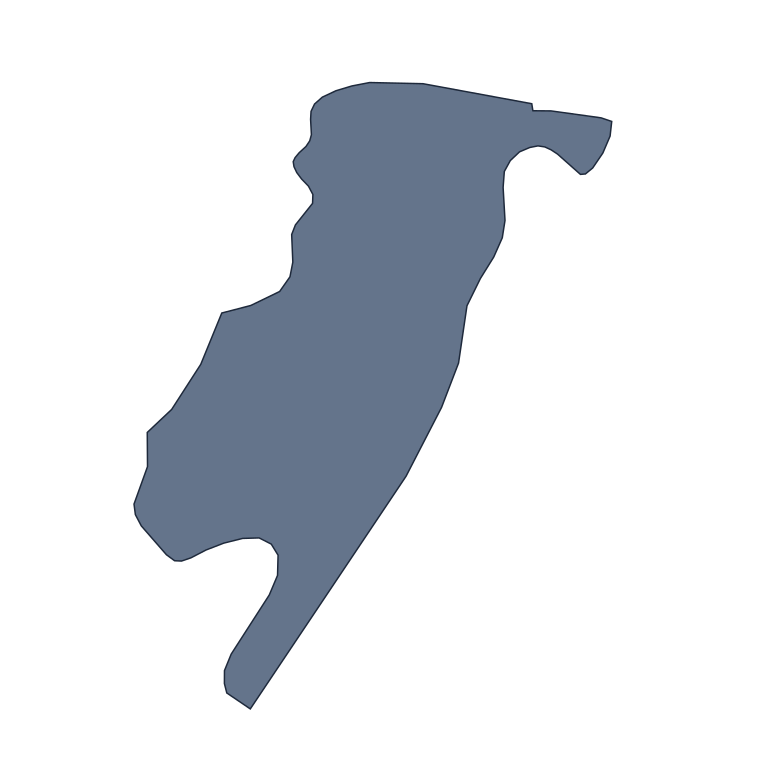 the border of Ninh Bình, rotated 261°
{"feature_id": "VNM-466", "entity_name": "Ninh Bình", "entity_type": "Province", "adm_level": 1, "iso_a3": "VNM", "parent_name": "Vietnam", "parent_adm1": "", "projection": "robinson", "projection_center": [105.947, 20.203], "detail": "fine", "context": "isolated", "style": "filled", "palette": "slate", "viewbox_px": 768, "rotation_deg": 261, "n_neighbors": 0, "source": "natural_earth", "source_scale": "10m", "svg_char_len": 1130}
<svg xmlns="http://www.w3.org/2000/svg" viewBox="0 0 768 768"><g transform="rotate(261 384 384)"><path d="M637.7,573.8L630.6,573.8L627.6,591.7L612.9,640.1L607.7,650.0L593.5,646.1L577.9,636.3L564.7,623.9L559.9,615.7L560.0,615.3L560.3,610.8L584.0,591.3L589.2,585.6L593.0,579.9L595.1,573.3L594.8,565.0L592.1,554.2L584.9,543.7L575.1,536.1L559.5,532.4L526.6,529.1L509.9,523.7L492.3,512.3L473.1,495.7L448.3,478.2L393.0,460.9L351.9,437.2L289.5,391.4L84.0,201.1L103.4,180.4L113.1,179.5L125.9,181.6L141.1,190.8L193.6,237.7L211.6,248.9L231.5,252.6L243.5,247.6L251.5,236.6L253.6,220.2L251.9,200.9L247.9,182.3L242.5,166.1L240.8,156.3L242.2,149.5L249.4,142.4L281.8,122.1L293.9,118.0L304.5,118.3L339.4,137.5L373.2,142.6L392.1,170.3L432.1,206.1L479.5,234.9L482.4,264.7L491.7,295.4L504.6,307.9L518.6,313.0L546.1,316.2L555.0,321.4L573.6,341.7L582.3,343.4L591.3,340.3L599.3,334.7L606.5,330.9L612.7,329.1L617.8,329.1L621.5,331.6L625.7,336.4L630.8,344.1L635.8,348.7L641.6,351.3L656.9,352.9L664.7,354.6L671.4,359.2L677.0,368.0L681.2,382.5L683.4,398.9L684.0,417.0L674.5,469.5L637.7,573.8Z" fill="#64748b" stroke="#1e293b" stroke-width="1.5"/></g></svg>